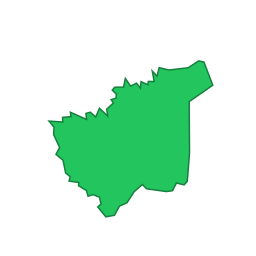 Fleming, Kentucky, United States of America (Natural Earth projection), rotated 113°
{"feature_id": "52423323B16760069274755", "entity_name": "Fleming", "entity_type": "district", "adm_level": 2, "iso_a3": "USA", "parent_name": "United States of America", "parent_adm1": "Kentucky", "projection": "natural_earth1", "projection_center": [-83.696, 38.348], "detail": "fine", "context": "isolated", "style": "filled", "palette": "green", "viewbox_px": 256, "rotation_deg": 113, "n_neighbors": 0, "source": "geoboundaries", "source_scale": "gbopen_adm2", "svg_char_len": 926}
<svg xmlns="http://www.w3.org/2000/svg" viewBox="0 0 256 256"><g transform="rotate(113 128 128)"><path d="M55.5,66.7L37.6,83.9L38.6,89.2L49.1,96.2L58.6,113.0L60.3,122.9L69.0,121.5L66.1,127.9L75.0,122.1L77.2,127.5L80.4,126.6L80.2,134.1L86.4,132.2L83.4,137.7L88.4,142.0L83.4,149.8L92.1,148.1L95.6,156.1L99.3,157.3L101.5,151.8L105.2,150.7L108.5,154.6L110.7,151.2L119.0,155.0L124.9,151.3L121.0,162.0L130.4,162.0L128.2,168.9L131.0,172.4L136.3,169.5L136.0,187.2L139.8,184.9L143.8,192.4L148.0,190.4L152.5,203.4L156.2,196.4L163.1,193.9L172.7,183.3L180.4,184.0L183.1,175.2L193.8,167.8L195.4,162.2L199.9,161.5L197.4,151.9L200.5,151.0L201.8,141.8L206.4,138.1L203.0,134.1L202.8,127.3L208.4,123.1L212.5,125.0L218.4,113.7L213.7,106.4L203.2,105.3L197.2,99.7L184.4,97.5L174.4,92.7L176.7,87.1L171.5,67.8L168.4,62.6L159.7,61.9L158.4,54.1L153.9,52.6L126.7,61.7L79.8,82.0L55.5,66.7Z" fill="#22c55e" stroke="#15803d" stroke-width="1.5"/></g></svg>